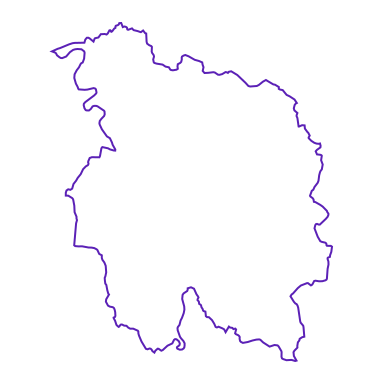 the district of Phu Binh, Thái Nguyên, Vietnam
{"feature_id": "81297802B19798201223775", "entity_name": "Phu Binh", "entity_type": "district", "adm_level": 2, "iso_a3": "VNM", "parent_name": "Vietnam", "parent_adm1": "Thái Nguyên", "projection": "mercator", "projection_center": [105.961, 21.492], "detail": "fine", "context": "isolated", "style": "outline", "palette": "violet", "viewbox_px": 384, "rotation_deg": 0, "n_neighbors": 0, "source": "geoboundaries", "source_scale": "gbopen_adm2", "svg_char_len": 5872}
<svg xmlns="http://www.w3.org/2000/svg" viewBox="0 0 384 384"><path d="M52.0,51.4L55.1,52.6L56.0,53.3L57.0,55.3L59.4,57.2L60.8,58.0L62.2,58.1L66.2,56.5L69.9,52.2L73.1,49.9L75.1,49.3L77.5,49.0L81.5,49.3L84.2,51.4L84.6,52.8L84.1,58.7L82.7,62.5L81.3,63.2L80.5,64.2L79.0,67.3L76.7,70.3L74.6,74.3L74.3,78.0L75.9,83.6L77.6,86.8L78.3,88.8L78.8,89.4L84.6,89.8L87.3,89.6L93.6,88.1L95.1,88.5L95.9,89.3L96.5,92.4L96.2,93.4L94.1,95.5L85.3,102.1L83.9,103.7L83.7,105.2L84.5,108.3L85.7,110.1L86.5,110.4L88.9,110.5L90.8,109.0L92.6,106.4L94.0,105.9L96.2,105.9L97.5,106.3L104.0,110.7L104.5,111.4L104.7,114.3L104.1,116.0L101.4,118.8L99.8,120.9L99.4,123.2L99.7,124.6L101.9,129.3L106.9,136.4L109.9,138.2L112.0,142.6L112.6,144.7L115.3,149.5L115.2,150.6L113.8,150.5L110.0,149.4L108.0,148.3L102.4,147.1L101.9,147.5L101.4,148.4L100.0,156.0L99.4,157.3L91.9,157.2L89.7,158.0L88.3,161.2L88.1,162.3L88.5,163.4L88.3,164.5L87.8,165.2L85.8,166.4L83.1,169.2L80.7,174.2L77.7,177.9L76.1,180.7L73.5,184.0L72.2,188.6L70.4,189.8L68.2,189.3L66.5,190.5L65.8,192.7L65.8,195.6L68.3,195.7L72.2,198.1L72.8,198.8L73.2,199.7L74.3,205.7L74.6,212.2L76.5,216.7L76.5,218.5L77.0,220.1L76.1,223.3L74.2,245.3L75.2,246.1L78.6,246.4L82.0,246.3L88.5,247.5L91.6,247.6L94.3,248.1L96.6,249.3L97.4,250.0L99.2,253.9L101.8,255.3L101.8,257.9L102.4,259.8L104.3,262.4L105.7,265.8L106.2,272.4L105.4,276.2L104.7,277.9L104.9,280.5L105.3,283.6L106.3,284.9L107.3,290.2L108.3,293.7L109.0,294.5L106.2,299.3L105.9,301.7L108.0,305.6L109.8,306.6L112.8,307.2L113.9,308.0L114.2,308.6L114.7,309.9L115.2,312.2L115.4,315.9L114.9,317.0L113.6,317.6L113.7,318.2L115.1,320.8L116.4,324.8L117.0,325.5L118.6,326.9L119.2,326.6L120.5,324.8L121.1,324.5L122.2,324.6L124.1,325.6L126.5,325.8L128.1,327.5L129.8,328.5L130.4,328.7L133.3,328.7L137.8,330.7L138.3,331.4L138.4,333.5L139.0,335.6L141.5,341.5L145.9,348.8L147.5,349.3L149.5,348.5L150.6,348.7L151.7,349.7L152.1,350.7L152.9,351.5L154.4,352.6L155.3,350.8L157.6,348.7L158.6,348.8L161.3,350.7L162.7,350.1L167.5,345.7L172.3,343.4L174.0,339.9L175.1,339.1L176.5,339.3L177.6,340.2L178.8,341.2L179.6,342.9L179.8,343.8L179.4,345.3L177.1,347.0L176.9,347.8L177.4,348.7L179.8,349.7L182.1,349.5L183.6,348.5L184.3,347.4L184.6,345.4L184.6,343.3L183.4,341.0L181.1,338.4L180.0,336.8L177.7,330.3L177.5,328.1L177.9,327.0L179.5,324.9L180.6,320.5L182.0,317.8L183.7,313.2L184.4,309.6L184.2,306.4L182.2,299.0L182.6,294.9L183.6,293.4L187.2,291.0L187.7,289.6L187.7,288.3L191.0,287.3L194.0,288.7L196.5,294.3L198.0,296.4L198.5,297.5L197.6,299.2L197.5,300.1L198.8,301.5L199.2,303.9L200.7,304.8L201.1,305.5L201.5,307.3L202.6,308.9L203.1,310.6L203.7,311.1L205.4,311.6L205.9,316.2L207.0,317.1L208.9,317.2L212.0,320.1L214.2,323.7L215.6,326.9L216.6,327.4L217.4,327.3L218.5,326.7L222.5,328.4L224.2,329.4L225.6,332.2L228.9,326.6L230.0,327.5L232.4,327.9L233.4,329.1L235.3,328.6L236.1,329.5L235.1,333.3L235.8,334.1L238.2,335.2L239.2,336.1L239.7,337.0L239.6,338.9L240.1,341.0L240.9,341.9L242.9,342.9L247.8,342.0L252.5,340.5L256.4,339.6L259.2,339.4L260.4,339.8L263.1,342.4L269.6,346.6L274.5,345.0L277.6,345.4L278.6,346.4L281.4,351.2L281.6,352.2L281.5,356.8L282.0,358.4L283.2,359.1L286.5,360.2L291.5,359.9L295.2,361.0L296.5,360.6L293.9,356.0L293.5,352.2L294.4,350.7L297.4,347.6L297.3,345.9L297.9,342.3L299.3,340.5L299.7,338.8L302.2,337.2L304.3,336.7L303.5,327.1L303.2,325.7L300.6,322.6L300.2,321.3L298.2,307.7L297.5,305.5L296.5,304.0L295.5,303.6L293.9,301.8L290.5,296.3L291.6,294.5L293.0,293.5L297.8,288.1L300.9,285.5L307.1,283.1L307.9,283.1L310.9,285.4L311.6,285.1L312.5,284.2L314.2,281.0L315.5,280.7L319.1,281.3L322.4,281.2L325.5,280.3L326.5,279.6L326.9,278.7L327.6,268.9L328.5,264.5L328.4,261.5L327.6,259.0L327.6,258.1L328.0,257.6L329.9,256.9L330.1,255.2L331.3,251.9L332.0,246.7L330.9,245.9L327.0,245.8L326.5,245.2L326.4,243.9L325.9,243.1L325.1,242.6L321.9,241.9L320.3,241.2L317.7,236.7L314.5,228.3L315.3,225.1L315.9,224.2L317.0,223.9L318.8,224.6L319.8,224.6L325.8,218.9L327.6,216.8L328.4,214.9L328.4,213.6L327.3,212.1L326.9,210.9L322.7,206.6L320.3,204.9L315.4,202.1L313.9,201.8L313.5,199.4L312.6,198.1L310.4,196.5L310.0,195.8L311.8,190.8L313.3,189.7L314.5,187.0L317.7,182.8L318.5,180.7L319.2,175.2L320.0,172.2L320.6,170.9L321.8,169.4L322.7,164.5L321.1,160.2L321.8,155.8L321.4,155.2L320.4,154.8L317.0,154.4L315.7,151.3L316.9,149.9L320.4,147.4L320.6,145.8L320.0,143.5L318.8,143.8L316.6,143.6L314.3,142.8L311.3,140.8L308.7,138.2L308.6,137.5L309.7,135.6L308.2,132.7L307.4,132.0L304.9,128.6L304.6,125.4L302.1,125.2L298.9,126.6L298.6,126.5L297.4,118.0L296.6,116.2L296.6,115.2L297.4,113.0L294.4,110.4L293.8,108.3L294.7,104.9L295.8,103.5L296.8,103.0L294.5,99.5L289.6,96.3L286.6,94.9L282.7,90.1L279.9,89.5L278.8,88.9L278.8,87.0L275.0,84.7L273.3,84.4L265.9,80.0L262.9,81.7L258.8,85.0L256.8,86.0L250.2,86.5L248.4,86.0L245.4,82.7L237.3,75.0L231.2,71.3L228.8,71.8L227.9,72.9L226.8,72.3L225.5,72.1L222.2,74.1L219.5,74.8L218.0,74.7L214.8,72.5L213.3,72.2L208.4,72.8L204.5,73.0L202.7,70.9L203.5,67.2L202.6,64.7L202.2,62.4L199.0,61.0L194.7,59.8L188.6,56.3L185.3,55.0L183.5,55.6L182.0,56.6L181.7,57.6L181.8,59.4L181.2,61.9L180.1,63.0L177.8,64.2L177.5,66.4L177.8,68.8L176.5,69.7L172.9,70.3L171.0,70.0L170.2,69.5L168.9,67.3L165.5,66.6L162.6,64.6L156.5,63.6L154.3,62.9L153.7,62.1L153.2,59.4L154.0,56.7L153.9,56.0L153.6,55.0L152.1,52.9L151.7,51.6L151.9,46.9L151.3,46.1L149.2,45.2L147.1,43.6L146.6,41.8L146.2,33.5L145.2,33.2L143.1,30.5L141.0,32.1L140.5,32.1L137.7,31.1L133.6,30.1L132.0,28.4L128.1,29.8L127.3,29.4L127.0,27.8L126.6,27.3L125.7,26.8L124.3,26.5L122.8,27.1L121.2,23.0L119.3,23.1L118.8,24.4L117.9,25.1L115.8,25.8L115.5,26.3L115.4,27.9L114.2,28.6L112.2,31.3L111.4,31.8L111.0,31.6L110.6,30.5L110.1,30.2L109.4,30.4L107.8,33.4L106.6,34.5L104.7,34.0L100.8,34.2L98.4,37.5L95.1,38.2L94.6,38.7L93.5,41.6L89.5,38.3L88.2,37.7L86.8,37.8L85.3,39.6L84.4,42.7L74.8,42.9L72.6,43.2L69.2,44.3L60.0,48.1L57.7,48.8L52.0,51.4Z" fill="none" stroke="#5b21b6" stroke-width="2"/></svg>